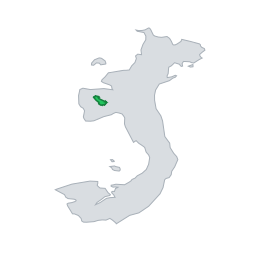 Los Pozos, Herrera, Panama shown in context, rotated 104°
{"feature_id": "35544464B7631989916693", "entity_name": "Los Pozos", "entity_type": "district", "adm_level": 2, "iso_a3": "PAN", "parent_name": "Panama", "parent_adm1": "Herrera", "projection": "equal_earth", "projection_center": [-80.671, 7.692], "detail": "fine", "context": "in_parent", "style": "filled", "palette": "green", "viewbox_px": 256, "rotation_deg": 104, "n_neighbors": 0, "source": "geoboundaries", "source_scale": "gbopen_adm2", "svg_char_len": 4573}
<svg xmlns="http://www.w3.org/2000/svg" viewBox="0 0 256 256"><g transform="rotate(104 128 128)"><path d="M223.8,116.2L223.1,116.8L221.2,120.6L220.1,123.7L222.7,127.1L223.4,130.7L224.8,134.5L227.1,138.4L229.5,145.6L230.1,148.5L229.4,150.4L227.1,151.6L224.9,155.0L224.3,159.1L224.7,161.1L218.2,167.7L216.5,168.8L215.4,167.8L214.0,164.5L212.3,161.8L211.4,160.9L210.8,160.8L210.3,161.4L210.1,162.9L211.0,169.1L210.2,171.6L208.0,173.5L205.5,183.6L204.5,182.3L196.0,168.8L188.7,152.0L187.2,144.4L189.1,143.9L190.9,144.1L191.9,142.9L193.0,140.7L192.1,135.6L195.6,131.7L196.9,129.0L197.9,129.3L200.2,133.8L203.6,136.4L207.8,140.1L210.3,141.0L207.1,137.0L201.5,131.9L199.9,128.5L198.4,123.8L196.2,125.8L195.2,127.6L194.1,128.5L193.1,127.4L192.9,125.8L189.6,125.5L188.8,124.2L187.9,123.4L188.3,126.3L189.0,128.1L188.6,130.3L187.6,130.5L186.6,128.2L185.5,126.2L183.9,117.6L180.1,113.6L178.4,112.2L177.0,111.7L174.9,109.0L172.2,107.5L168.4,103.3L163.8,100.2L158.2,99.2L151.4,99.8L149.1,101.5L147.6,103.7L146.8,104.7L142.8,107.1L141.3,110.7L140.3,113.7L138.3,117.1L140.6,119.2L127.5,130.8L124.9,132.4L119.0,133.6L117.6,134.9L115.8,137.2L115.6,140.6L115.8,143.6L117.6,145.9L119.1,147.3L122.8,154.2L129.3,162.9L130.5,166.1L131.5,170.8L129.5,173.0L128.0,174.0L121.8,174.3L119.7,176.2L118.8,179.1L116.5,181.5L108.5,183.8L102.3,184.0L100.3,181.4L99.8,173.8L95.6,160.9L94.6,152.0L93.6,153.1L91.3,154.1L90.6,156.3L90.0,162.9L89.2,165.1L87.5,164.9L83.9,162.6L79.2,160.4L73.2,146.5L72.5,143.9L71.4,140.8L66.7,139.4L62.8,137.1L58.5,136.7L56.3,138.1L54.0,136.4L53.6,132.6L49.1,134.3L43.3,133.7L38.1,132.1L34.5,132.9L31.5,135.6L31.9,142.5L31.0,143.9L30.9,141.1L29.9,137.8L28.6,135.1L26.0,132.3L25.9,131.3L26.9,129.9L31.7,125.9L32.3,124.2L32.4,120.6L31.9,117.3L29.8,112.3L31.0,109.3L33.5,106.8L36.0,104.9L36.4,104.1L36.0,102.4L34.5,100.6L31.1,97.5L29.0,97.3L28.9,88.4L29.1,79.0L29.6,78.0L30.8,77.5L31.9,76.0L32.4,73.2L33.9,72.2L36.6,74.4L39.4,76.3L40.6,75.7L41.4,74.7L42.0,73.8L42.2,73.0L44.4,75.5L49.0,79.9L49.2,82.1L48.8,84.2L50.0,90.3L52.4,91.1L54.7,90.0L55.3,91.1L54.9,92.2L53.7,93.4L53.4,98.6L57.2,101.0L59.2,103.2L65.6,102.2L68.0,102.7L69.6,102.1L67.8,98.0L65.4,94.9L65.6,93.5L67.4,94.5L68.8,96.6L72.0,99.2L77.8,108.3L84.5,110.4L89.7,110.2L94.7,108.9L102.5,105.4L108.2,99.1L112.7,96.2L127.4,90.2L132.6,83.9L134.8,83.1L136.9,82.3L141.5,77.5L144.0,73.8L146.6,72.0L154.4,73.3L159.4,75.1L162.9,74.8L166.2,76.1L167.7,78.8L169.2,79.9L177.4,79.6L184.1,81.0L198.9,89.0L207.7,96.9L212.4,105.3L223.8,116.2ZM75.7,178.7L73.8,179.0L69.9,177.0L67.0,173.0L66.8,171.8L66.8,170.5L68.4,166.5L70.5,165.1L71.3,165.1L73.3,169.7L72.0,171.5L72.5,174.4L75.4,176.5L75.7,178.7ZM170.5,134.3L169.8,136.3L168.1,131.9L168.4,130.7L168.3,126.7L169.8,125.6L171.0,125.5L171.9,126.1L172.5,130.8L172.0,133.0L170.5,134.3ZM53.8,82.2L53.4,84.4L50.7,80.4L52.3,79.8L52.9,79.8L53.8,82.2ZM164.6,135.3L163.0,137.3L162.4,135.4L163.5,133.3L163.9,133.3L164.6,135.3Z" fill="#d9dde1" stroke="#a8b0b8" stroke-width="1"/><path d="M107.7,155.6L107.7,155.8L107.7,156.0L107.8,156.2L107.8,156.3L107.8,156.5L107.8,156.8L107.7,156.8L107.8,156.9L107.7,156.9L107.7,157.0L107.5,158.6L107.0,161.2L106.5,163.2L106.5,163.3L106.4,163.3L106.2,163.4L106.2,163.5L105.9,163.6L105.8,163.8L105.7,163.8L105.7,163.7L105.7,163.8L105.6,163.7L105.6,163.8L105.6,163.7L105.4,163.5L105.2,163.6L104.9,163.6L104.7,163.7L104.7,163.8L104.6,164.0L104.6,164.3L104.6,164.5L104.7,164.8L104.6,165.0L104.8,165.2L104.6,167.4L104.7,167.5L104.8,167.5L105.0,167.6L105.3,167.5L105.5,167.5L105.7,167.8L105.8,167.8L105.8,168.1L105.9,168.3L105.9,168.5L106.0,168.7L106.1,168.8L106.4,168.9L106.5,168.9L108.7,165.8L109.9,163.3L109.8,163.0L109.8,162.9L110.0,162.8L110.1,162.6L110.3,162.5L110.5,162.5L110.5,162.4L110.8,162.4L110.8,162.5L111.0,162.5L111.1,162.4L111.1,162.2L111.3,162.0L111.5,162.1L111.7,161.9L111.8,161.9L111.9,161.5L111.9,161.4L111.9,161.2L112.0,160.9L112.2,160.7L112.2,160.4L112.3,160.3L112.3,160.2L112.3,159.9L112.4,159.7L112.3,159.4L112.2,159.3L112.2,159.1L112.0,158.8L112.0,158.7L112.1,158.4L111.9,158.4L111.9,158.5L111.8,158.4L111.9,158.2L111.8,157.9L111.7,157.9L111.5,157.7L111.4,157.5L111.3,157.4L111.3,157.2L111.3,156.9L111.3,156.7L111.5,156.5L111.5,156.4L111.4,156.4L111.2,156.3L110.9,156.2L110.7,156.1L110.5,155.8L110.4,155.8L110.4,155.7L110.2,155.7L109.9,155.6L109.7,155.5L109.5,155.4L109.4,155.4L109.3,155.2L109.2,155.0L109.0,154.8L109.0,154.6L109.0,154.8L108.9,154.8L108.7,154.9L108.7,155.0L108.6,154.9L108.6,155.0L108.4,155.1L108.2,155.2L108.1,155.3L107.9,155.3L107.8,155.5L107.7,155.5L107.7,155.6Z" fill="#22c55e" stroke="#15803d" stroke-width="1.5"/></g></svg>